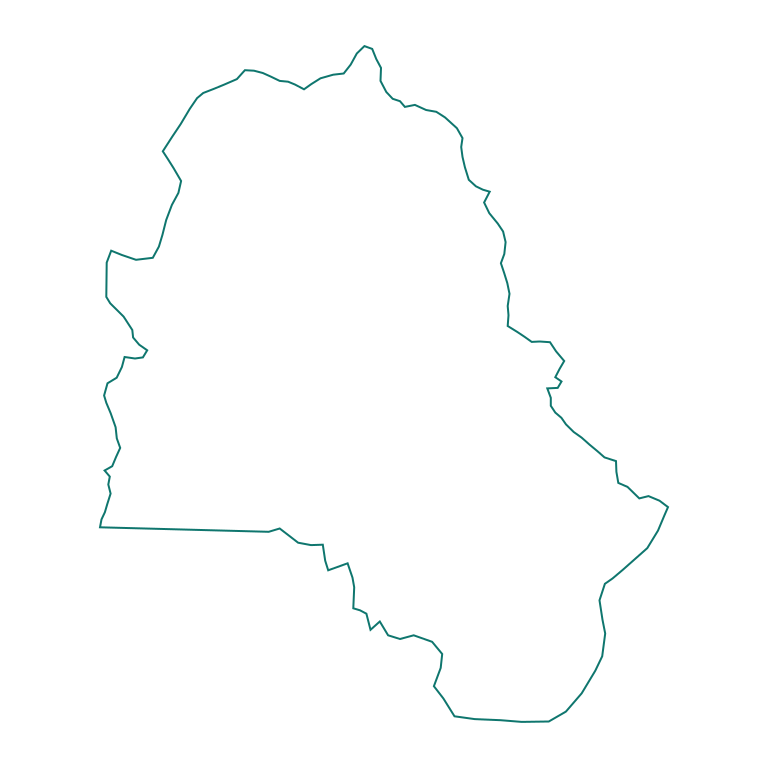 São Francisco de Goiás, Goiás, Brazil
{"feature_id": "56859067B73146836440208", "entity_name": "São Francisco de Goiás", "entity_type": "district", "adm_level": 2, "iso_a3": "BRA", "parent_name": "Brazil", "parent_adm1": "Goiás", "projection": "albers", "projection_center": [-49.255, -15.95], "detail": "fine", "context": "isolated", "style": "outline", "palette": "teal", "viewbox_px": 768, "rotation_deg": 0, "n_neighbors": 0, "source": "geoboundaries", "source_scale": "gbopen_adm2", "svg_char_len": 2165}
<svg xmlns="http://www.w3.org/2000/svg" viewBox="0 0 768 768"><path d="M106.7,262.6L106.3,296.9L110.2,303.3L123.6,316.6L132.3,330.0L133.1,337.5L139.2,344.7L147.2,350.3L142.9,357.4L135.0,358.5L124.6,357.0L121.9,367.0L116.7,377.7L107.5,383.3L104.1,395.5L106.3,402.8L110.7,413.3L115.6,427.2L116.8,438.4L120.2,447.9L116.0,457.1L112.2,466.2L104.6,470.5L109.8,476.6L108.3,484.5L110.6,493.6L107.3,504.0L104.9,512.2L101.5,519.4L100.0,527.3L268.7,531.8L279.7,528.5L298.1,542.7L311.0,545.1L322.8,544.7L325.2,560.7L328.2,570.3L347.6,563.3L352.5,577.7L354.2,587.3L353.3,608.3L360.0,610.3L366.4,613.7L370.5,629.8L379.8,621.5L388.1,635.3L400.0,639.0L413.7,635.3L432.1,641.8L442.2,654.0L440.7,667.9L433.9,686.2L443.4,698.5L454.5,716.3L474.7,719.1L500.6,720.2L521.7,721.9L548.8,721.5L565.9,711.6L581.7,693.3L595.3,670.7L602.2,656.3L605.2,633.5L602.5,619.8L599.5,600.3L604.9,583.8L612.5,578.5L622.7,569.9L647.3,548.1L658.0,530.6L664.4,515.4L668.0,507.1L659.5,500.7L648.5,496.1L639.3,498.4L627.5,486.9L618.3,482.9L616.4,471.8L616.0,461.1L604.5,457.4L597.2,451.0L589.6,444.7L581.6,437.6L573.7,432.0L566.0,424.4L561.4,417.8L555.3,412.6L550.8,405.8L550.8,397.8L547.3,388.4L557.7,387.9L561.5,381.5L555.3,377.2L559.6,368.9L564.2,361.0L556.1,351.4L550.0,342.2L539.7,341.5L531.7,341.9L524.4,336.7L517.2,331.9L507.7,326.0L508.5,315.2L507.7,306.0L509.5,293.8L507.3,283.1L504.2,273.1L500.9,263.2L504.3,254.0L505.6,242.1L503.1,231.5L497.8,223.6L489.3,213.2L484.1,202.5L489.7,191.7L482.9,189.7L475.9,186.3L468.8,179.8L464.9,167.2L462.5,156.9L461.2,147.0L462.5,138.1L456.9,128.2L445.0,117.4L436.3,111.8L426.1,110.0L414.9,104.9L404.9,106.9L400.0,101.2L392.7,98.8L386.3,92.0L380.5,80.9L381.0,67.9L376.3,59.1L372.2,48.9L364.4,46.1L356.8,53.5L350.7,64.6L343.7,73.5L333.2,74.7L320.5,78.3L311.3,84.1L304.0,89.3L294.9,84.5L288.1,81.7L279.7,80.9L270.8,76.6L262.8,73.0L254.0,70.7L244.9,70.2L236.9,79.1L224.2,84.6L213.5,89.0L203.2,93.0L197.1,98.1L189.8,108.8L180.6,124.2L172.3,136.6L162.8,151.3L167.7,158.8L173.5,168.0L181.1,181.0L178.4,192.9L171.9,204.9L166.2,220.0L162.4,235.0L158.9,246.6L152.8,257.8L136.0,259.8L121.9,255.0L111.2,250.7L106.7,262.6Z" fill="none" stroke="#0f766e" stroke-width="2"/></svg>